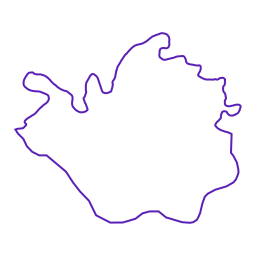 Junggang, Chagang-do, North Korea (Robinson projection)
{"feature_id": "82179303B78642437827574", "entity_name": "Junggang", "entity_type": "district", "adm_level": 2, "iso_a3": "PRK", "parent_name": "North Korea", "parent_adm1": "Chagang-do", "projection": "robinson", "projection_center": [126.877, 41.668], "detail": "fine", "context": "isolated", "style": "outline", "palette": "violet", "viewbox_px": 256, "rotation_deg": 0, "n_neighbors": 0, "source": "geoboundaries", "source_scale": "gbopen_adm2", "svg_char_len": 5625}
<svg xmlns="http://www.w3.org/2000/svg" viewBox="0 0 256 256"><path d="M166.3,217.6L167.1,217.7L182.1,222.2L189.9,222.8L193.2,222.2L196.9,219.8L198.7,216.4L200.1,213.1L202.4,203.4L204.8,196.7L207.8,193.7L215.3,189.7L226.4,186.4L233.6,182.3L236.0,179.3L237.4,175.9L238.5,172.7L238.3,169.2L236.8,162.3L233.3,155.7L231.0,152.8L231.6,134.0L230.0,133.2L228.1,132.4L224.7,131.5L222.4,130.6L220.8,130.1L219.6,129.4L219.1,129.0L218.2,128.6L217.2,127.8L216.4,126.9L215.8,126.3L215.6,126.0L215.3,125.4L215.3,124.6L216.3,122.9L217.1,121.9L218.5,120.7L219.8,119.2L220.4,118.7L220.8,118.1L220.9,117.4L220.8,117.0L221.1,115.4L221.1,114.9L221.2,114.3L221.7,113.6L221.7,113.1L222.2,112.1L222.4,111.8L223.1,111.6L223.5,111.3L223.9,111.2L225.0,111.3L226.1,111.6L226.9,112.1L227.3,113.0L227.9,113.9L228.4,114.4L228.9,114.8L230.1,115.4L231.4,115.6L232.7,115.6L233.8,115.1L234.9,114.9L235.4,114.5L235.9,114.2L236.3,113.9L237.3,113.6L237.7,113.3L238.1,112.9L239.1,111.3L239.3,110.8L239.6,110.4L239.8,109.6L239.8,109.1L240.0,108.6L240.4,107.8L240.6,107.0L240.6,106.6L240.6,106.1L240.4,105.7L239.5,105.0L238.7,104.7L238.3,104.7L237.5,104.6L235.6,104.8L234.8,105.1L234.3,105.1L232.8,105.6L230.6,106.0L229.6,106.3L229.0,106.3L227.4,106.1L226.3,105.7L225.6,105.2L225.3,104.9L225.0,104.1L224.9,103.5L224.9,103.1L224.8,102.6L224.9,100.5L225.3,99.7L225.8,98.9L226.0,98.5L226.0,97.8L225.5,96.0L225.4,94.5L225.0,93.5L224.7,93.1L224.5,92.8L224.0,92.3L223.6,91.6L223.4,91.3L223.1,90.0L223.1,88.4L223.1,87.8L223.3,86.6L223.5,86.2L223.8,85.8L224.2,85.5L224.5,85.1L224.7,84.5L225.0,83.0L224.9,82.3L225.0,79.5L224.8,79.1L224.5,78.7L223.9,78.3L223.2,77.9L222.6,77.7L219.4,78.3L219.1,78.7L218.7,79.0L218.0,79.4L217.5,79.5L216.4,79.5L215.3,79.2L214.7,79.2L213.6,79.6L213.1,79.6L206.6,79.5L205.1,79.3L204.5,79.1L202.8,78.4L200.6,77.2L199.1,76.3L198.4,75.7L198.2,75.4L198.1,75.1L198.4,74.1L199.2,72.5L199.5,72.1L200.3,70.6L200.4,70.2L200.5,69.6L200.7,68.7L200.8,68.2L200.8,67.3L200.5,66.1L200.2,65.8L199.5,65.4L196.6,65.5L195.0,65.2L192.2,64.6L190.3,64.4L188.6,63.9L187.6,63.5L186.9,62.9L186.4,62.3L186.2,61.8L185.5,58.8L184.7,57.4L184.4,56.9L183.9,56.4L183.2,56.1L182.7,56.0L180.4,56.2L179.8,56.2L177.8,56.4L175.7,56.9L174.8,57.3L173.8,57.7L172.7,58.0L172.3,58.0L171.2,58.3L169.5,58.7L166.0,59.6L164.9,59.8L164.1,59.8L163.5,59.7L162.1,59.0L161.7,58.6L161.2,58.2L159.9,57.3L159.6,56.7L159.4,56.3L159.3,54.5L159.4,54.1L159.5,53.4L159.6,51.0L159.8,50.3L160.1,49.5L160.5,48.9L161.1,48.5L161.6,48.3L162.4,48.0L163.2,48.0L164.1,48.0L165.5,48.3L166.0,48.3L167.2,48.0L167.6,47.8L168.4,47.2L168.6,46.8L169.2,45.4L169.3,44.7L169.4,43.9L169.1,42.2L169.3,40.8L169.4,40.1L169.3,38.9L169.1,37.6L168.2,35.9L167.5,35.0L167.1,34.7L166.6,34.3L165.9,34.0L164.7,33.6L162.6,33.2L162.0,33.2L161.0,33.3L159.8,33.7L158.8,34.2L157.6,34.6L156.6,34.8L156.0,35.0L155.5,35.3L152.5,36.5L151.1,37.5L146.6,41.2L144.9,42.2L142.4,43.5L139.4,44.3L136.7,44.9L134.9,45.6L133.8,46.3L131.2,48.4L130.4,49.4L129.6,50.1L128.9,50.9L128.5,51.4L127.7,52.2L127.0,53.3L126.6,53.6L126.2,53.8L125.4,54.6L125.1,55.0L124.7,55.3L124.4,55.9L122.7,58.5L121.7,60.0L121.3,60.5L120.4,62.3L119.9,63.0L119.5,63.7L117.7,66.6L116.9,69.0L116.5,70.8L116.3,71.1L116.2,71.1L116.1,72.2L115.9,73.1L115.7,73.6L115.7,74.2L115.5,74.7L115.3,76.3L114.8,78.1L114.0,79.5L113.1,80.7L112.5,81.9L112.5,83.0L112.8,83.9L112.9,84.4L112.8,85.0L112.6,85.5L112.4,87.0L112.2,87.9L111.8,89.1L111.5,89.8L111.4,90.6L111.3,91.2L111.0,91.5L108.6,92.6L107.3,93.0L106.7,93.1L105.1,93.1L104.4,92.9L103.8,92.7L102.8,92.3L101.8,90.3L101.0,87.9L100.2,85.2L99.9,84.7L98.6,80.6L98.4,80.1L97.9,78.4L96.8,76.6L96.6,76.4L95.9,75.8L94.9,74.9L94.1,74.4L93.6,74.2L92.5,74.0L91.9,74.2L91.7,74.3L90.7,75.2L90.5,75.6L90.1,75.9L89.9,76.2L89.4,77.3L87.6,80.4L86.6,82.3L86.3,82.8L86.2,83.3L85.8,85.7L85.9,87.7L85.8,89.6L86.2,91.5L86.2,92.3L85.6,94.1L85.4,94.5L85.2,95.4L85.0,95.8L84.6,96.9L84.0,97.6L83.6,98.2L83.6,98.6L83.9,99.7L84.1,100.3L85.1,103.0L85.3,103.4L85.6,103.7L85.9,104.3L86.6,106.5L87.1,107.6L87.6,109.7L87.4,110.0L86.5,110.8L85.0,111.7L84.4,111.9L83.8,112.1L82.4,112.3L81.0,112.3L79.9,112.2L78.7,111.7L77.1,110.9L76.7,110.6L75.5,109.7L74.0,108.1L73.3,107.3L72.6,106.2L72.3,105.3L72.1,103.9L72.1,102.2L72.5,99.6L72.6,97.4L72.5,96.9L72.0,95.7L71.6,95.1L70.2,93.9L68.9,93.0L67.7,91.9L67.3,91.7L66.8,91.3L66.4,91.2L65.9,91.0L64.7,90.8L64.2,90.6L62.5,90.0L60.1,88.8L58.1,87.4L56.9,86.5L55.4,84.9L54.4,84.5L53.4,83.6L51.1,81.4L50.0,79.9L49.1,79.1L48.7,78.6L47.7,77.8L47.2,77.3L46.1,76.6L45.0,75.9L43.9,75.4L41.2,74.5L40.1,74.4L37.5,74.4L37.1,74.3L36.1,74.3L35.4,74.1L33.8,73.5L33.6,73.3L33.2,72.7L32.8,72.5L32.4,72.4L29.6,72.6L28.8,72.9L28.5,73.1L26.9,74.8L26.5,75.5L25.0,78.0L24.0,80.0L23.8,80.7L23.7,82.2L23.5,83.1L23.5,83.9L23.7,84.7L24.0,85.5L25.1,87.0L27.8,89.1L28.6,89.6L29.3,89.9L30.9,90.5L33.9,91.1L35.7,91.3L37.8,91.4L38.5,91.4L39.1,91.5L40.7,91.9L42.4,92.7L44.7,93.5L45.7,94.0L47.0,94.6L47.7,95.0L48.0,95.4L48.3,95.8L48.5,96.3L48.8,97.9L48.9,98.4L48.8,99.4L48.4,100.3L47.7,101.7L46.5,102.9L45.1,104.0L44.7,104.2L43.4,105.2L43.1,105.5L41.6,106.8L40.9,107.5L39.3,108.9L38.6,109.7L37.5,111.0L36.6,112.0L35.5,113.2L33.8,114.6L32.0,115.5L29.9,117.0L29.0,117.4L28.5,117.8L27.6,118.3L26.1,119.7L25.7,119.9L25.0,120.7L24.8,121.0L24.7,122.0L24.7,122.4L25.0,123.0L26.0,123.8L26.2,124.4L26.2,124.8L26.1,125.1L25.8,125.4L24.9,126.4L23.5,127.8L22.8,128.2L21.7,128.4L21.0,128.4L20.1,128.6L17.4,128.8L15.4,129.5L18.0,133.6L23.4,139.0L26.9,146.3L32.2,151.8L39.3,155.4L46.5,155.3L66.0,171.7L73.1,182.6L80.2,191.7L89.0,200.8L96.1,215.3L110.3,222.6L122.8,222.5L135.4,218.8L142.6,213.3L149.7,211.4L158.6,211.4L166.3,217.6Z" fill="none" stroke="#5b21b6" stroke-width="2"/></svg>